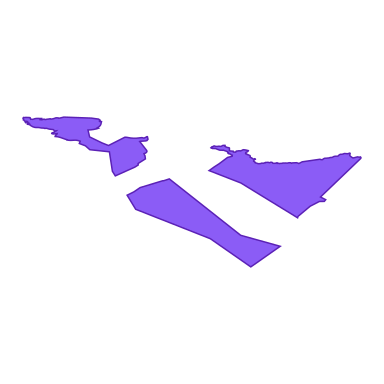 the district of Kópavogsbær, Höfuðborgarsvæði, Iceland
{"feature_id": "244011B4103585132621", "entity_name": "Kópavogsbær", "entity_type": "district", "adm_level": 2, "iso_a3": "ISL", "parent_name": "Iceland", "parent_adm1": "Höfuðborgarsvæði", "projection": "robinson", "projection_center": [-21.781, 64.044], "detail": "fine", "context": "isolated", "style": "filled", "palette": "violet", "viewbox_px": 384, "rotation_deg": 0, "n_neighbors": 0, "source": "geoboundaries", "source_scale": "gbopen_adm2", "svg_char_len": 5706}
<svg xmlns="http://www.w3.org/2000/svg" viewBox="0 0 384 384"><path d="M297.6,217.8L298.0,216.4L310.2,206.2L319.3,201.5L324.3,201.4L325.7,199.7L320.5,197.0L360.7,158.5L361.0,157.8L360.7,157.2L360.4,156.9L359.3,157.2L357.7,156.9L357.4,156.9L354.2,157.7L353.3,157.9L352.9,157.9L351.5,157.1L350.9,156.6L350.1,155.9L349.7,155.4L349.8,154.7L350.1,153.9L350.1,153.3L349.6,153.1L349.1,153.2L348.7,153.5L348.0,153.7L347.0,153.7L344.8,153.5L344.0,153.6L343.5,153.9L341.7,154.3L340.3,154.3L339.3,154.8L338.3,155.8L337.8,156.1L337.3,156.2L335.2,156.2L334.3,156.4L333.6,156.6L332.9,157.0L332.2,157.4L330.2,157.5L329.1,157.9L328.2,158.0L326.3,158.2L325.3,158.2L324.5,158.3L323.3,158.9L322.6,159.6L321.1,159.7L320.2,159.3L319.6,159.3L302.2,161.8L299.1,163.4L298.8,163.5L298.4,163.4L298.0,163.1L296.4,162.7L292.5,162.9L292.1,163.0L291.5,163.3L291.4,163.3L291.1,163.1L291.0,162.9L290.8,162.8L289.7,162.7L289.3,162.8L288.6,162.8L287.5,163.1L287.0,163.1L285.2,163.0L284.0,163.1L283.2,163.0L282.6,163.1L282.3,163.3L280.6,163.4L279.8,163.4L279.4,163.6L279.0,163.5L278.2,163.2L277.8,163.4L277.2,163.4L277.2,163.1L277.1,162.8L276.6,162.9L276.2,162.9L275.7,163.2L275.4,163.3L273.1,163.3L272.7,163.1L272.7,162.9L272.3,162.5L271.1,162.2L270.5,162.3L270.0,162.6L269.4,162.7L268.0,162.3L266.9,162.4L265.6,162.4L265.3,162.5L265.1,162.9L264.2,162.9L263.4,163.3L261.8,163.1L261.1,163.4L260.1,163.6L258.8,163.7L257.8,163.6L256.9,163.2L255.2,162.8L255.1,162.7L255.2,162.3L255.0,162.1L254.4,161.7L254.0,161.5L253.6,161.2L253.6,160.9L254.1,160.0L254.7,159.6L255.4,159.3L255.4,159.2L255.1,158.8L254.5,158.7L254.3,158.9L253.6,159.1L252.8,158.8L252.3,158.4L252.1,158.2L251.8,158.1L251.7,157.9L250.4,157.4L250.1,157.2L250.1,156.9L250.3,156.3L250.2,156.0L249.9,155.5L248.4,154.9L248.1,154.7L247.3,154.6L247.1,154.5L246.9,154.2L247.0,154.2L246.9,154.1L246.7,153.9L245.9,153.9L245.6,153.6L245.6,153.4L245.6,153.0L245.9,152.4L247.5,151.7L248.0,151.3L248.3,150.6L245.8,150.0L243.6,149.7L242.7,149.9L242.1,150.3L240.5,150.9L239.7,150.8L238.7,150.8L237.4,151.0L236.5,151.1L236.3,151.1L236.1,151.3L235.9,151.9L235.6,152.1L235.2,152.1L233.6,152.1L233.3,152.0L233.2,151.9L233.2,151.2L230.5,151.0L229.8,150.8L229.4,150.6L229.3,150.4L229.5,149.2L229.4,148.0L229.3,147.9L228.8,147.7L227.6,147.5L226.3,147.1L225.6,146.7L224.6,146.0L224.6,145.9L225.1,145.5L225.1,145.4L224.0,145.3L222.6,145.5L221.3,146.3L220.8,146.4L218.8,146.2L217.4,146.4L215.9,146.4L215.1,146.2L214.5,146.0L214.1,145.9L213.8,146.0L213.3,146.4L212.7,146.6L212.1,146.7L211.8,146.9L211.6,147.1L211.4,147.3L210.9,147.8L211.4,148.2L212.2,148.2L212.5,148.5L212.8,148.5L213.3,148.5L214.5,148.6L214.8,148.5L215.4,148.5L215.7,148.7L216.4,148.8L216.5,148.9L217.0,149.2L217.9,149.5L218.5,149.6L218.8,149.9L219.3,150.0L219.9,150.2L221.4,150.2L222.8,150.3L223.1,150.1L226.0,151.1L227.6,151.7L227.5,152.1L227.8,152.5L228.3,152.7L228.0,153.2L228.4,153.6L229.3,153.9L229.9,153.9L230.0,154.0L230.3,154.2L230.7,154.3L230.9,154.5L231.1,154.8L232.3,155.2L232.1,156.3L227.6,157.4L219.2,163.7L214.1,167.0L209.1,170.6L240.9,183.0L297.6,217.8ZM127.1,195.2L135.7,209.3L210.3,238.7L250.8,266.9L280.2,246.3L240.7,235.3L169.3,178.9L163.8,180.7L162.5,180.8L140.1,187.6L133.8,191.9L127.1,195.2ZM58.0,117.8L57.8,117.9L56.1,117.8L55.0,118.1L54.5,118.4L53.8,118.5L53.5,118.7L51.2,119.1L50.9,119.1L50.6,118.8L49.1,118.9L48.4,119.1L46.9,119.2L46.5,119.3L46.0,119.5L44.8,119.5L44.6,119.4L44.4,119.2L43.8,119.3L43.5,119.2L43.2,119.3L42.9,119.5L42.8,119.3L42.0,119.2L41.7,119.0L42.0,119.4L41.7,119.7L41.4,119.8L40.0,119.6L40.1,118.9L40.9,118.9L41.1,118.8L41.3,118.5L36.9,118.4L35.1,118.6L33.0,119.3L32.4,119.4L31.3,119.2L30.7,119.3L30.5,118.8L30.3,118.6L30.3,118.0L30.1,117.7L29.9,117.6L29.0,117.5L25.5,117.4L24.4,117.6L23.7,117.4L23.5,117.5L23.2,117.8L23.1,118.2L23.0,118.5L23.3,118.9L23.3,119.2L23.5,119.4L23.5,119.6L23.7,119.9L23.6,120.0L24.0,120.2L24.3,120.7L24.8,121.2L25.1,121.5L25.3,121.5L25.2,121.9L25.2,122.1L25.6,122.5L26.0,121.3L27.1,121.4L27.5,121.6L27.8,122.0L27.8,122.5L28.6,123.0L27.9,123.1L28.9,123.3L28.9,123.7L28.8,123.9L27.5,124.1L27.4,123.1L27.2,123.0L27.3,124.2L27.4,124.3L28.8,124.2L29.0,124.6L29.4,124.8L30.1,124.8L30.4,125.3L30.9,125.7L32.9,126.8L34.8,127.4L35.9,127.5L37.3,127.5L38.3,127.5L39.8,127.7L41.3,128.0L43.6,128.1L44.3,128.2L44.9,128.5L45.6,128.3L46.5,128.3L49.2,129.1L50.8,129.3L53.3,129.6L53.5,129.7L53.7,129.9L53.8,130.1L54.1,130.5L54.5,131.1L55.4,130.9L55.5,130.9L56.3,130.8L56.2,130.9L55.4,131.0L54.7,131.8L54.0,132.3L52.3,132.8L51.9,133.0L51.7,133.4L51.7,133.5L52.3,133.8L53.5,134.0L54.6,133.9L57.2,133.6L57.1,133.9L56.9,134.2L56.0,135.0L55.5,135.6L55.2,136.0L55.1,136.5L57.9,136.8L60.5,137.5L65.6,139.3L67.1,139.7L67.0,140.0L67.6,140.1L69.0,140.3L70.7,140.4L74.4,140.2L76.0,140.2L77.9,140.5L79.9,141.1L80.2,141.2L79.3,143.5L85.4,145.8L89.8,149.7L109.4,151.8L112.4,171.3L115.3,175.9L134.9,167.1L138.2,165.0L138.1,163.5L145.4,158.9L145.0,155.7L144.6,155.2L144.0,153.6L145.3,153.2L145.8,152.9L146.3,152.5L146.6,152.1L146.9,151.7L146.9,151.2L146.8,150.7L146.5,150.2L139.7,141.5L140.3,141.3L146.0,140.9L146.2,140.7L147.1,140.5L147.2,140.3L147.2,140.0L147.8,139.6L147.9,139.3L148.0,139.2L147.9,138.8L147.8,138.3L147.8,138.0L147.5,137.8L147.4,137.3L147.5,136.9L147.4,136.7L147.1,136.6L146.5,136.8L145.8,137.3L144.9,137.7L144.3,138.0L144.0,138.1L141.9,137.6L136.4,138.2L133.2,138.2L130.7,138.0L126.7,137.3L124.9,137.2L108.5,145.5L102.0,142.9L89.6,136.9L88.0,130.0L91.0,129.8L93.4,129.5L96.8,128.8L98.2,128.3L97.2,127.9L98.0,127.4L99.0,126.8L99.8,126.0L100.2,125.5L100.6,124.9L100.9,124.2L101.5,121.6L100.3,121.5L99.7,121.5L99.4,121.2L99.5,120.8L100.1,120.3L99.8,119.9L99.5,120.0L98.7,119.1L91.4,118.1L63.8,117.1L58.8,118.3L58.0,117.8Z" fill="#8b5cf6" stroke="#5b21b6" stroke-width="1.5"/></svg>